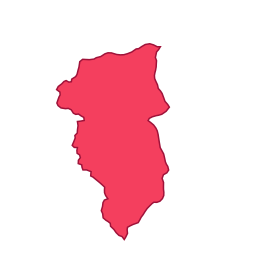 the district of Ubarana, São Paulo, Brazil, rotated 139°
{"feature_id": "56859067B24537762234151", "entity_name": "Ubarana", "entity_type": "district", "adm_level": 2, "iso_a3": "BRA", "parent_name": "Brazil", "parent_adm1": "São Paulo", "projection": "robinson", "projection_center": [-49.743, -21.216], "detail": "fine", "context": "isolated", "style": "filled", "palette": "rose", "viewbox_px": 256, "rotation_deg": 139, "n_neighbors": 0, "source": "geoboundaries", "source_scale": "gbopen_adm2", "svg_char_len": 2056}
<svg xmlns="http://www.w3.org/2000/svg" viewBox="0 0 256 256"><g transform="rotate(139 128 128)"><path d="M187.6,116.3L186.6,113.9L186.1,110.7L185.4,106.7L184.8,102.4L184.4,98.7L186.5,96.6L188.2,94.5L189.2,91.7L189.6,87.8L193.1,89.1L195.8,88.1L198.7,85.5L202.4,83.1L203.3,80.0L205.7,76.5L205.2,72.9L204.4,70.4L203.9,67.7L205.6,65.3L205.2,60.7L205.6,56.7L205.3,52.9L203.7,50.0L204.0,46.3L201.7,47.0L197.5,48.8L195.4,51.8L193.5,53.4L190.7,52.8L187.5,51.9L182.4,49.9L179.2,51.0L176.7,52.0L173.4,52.7L170.2,53.7L166.3,54.7L162.7,55.0L159.5,55.2L157.2,55.0L155.0,53.0L152.0,51.8L148.4,52.1L145.3,53.6L143.1,56.0L141.4,58.5L139.6,60.6L136.9,63.6L135.3,67.6L131.9,69.5L128.1,68.7L124.9,69.6L123.2,72.9L122.8,75.5L122.0,77.9L119.5,82.4L118.1,85.1L117.5,87.8L116.6,92.0L114.1,96.1L111.8,99.8L109.5,103.4L107.8,106.7L107.0,109.7L106.7,113.5L107.3,117.3L108.0,120.4L105.6,121.3L102.3,120.5L98.6,118.8L96.6,117.6L93.5,116.2L88.3,115.6L83.1,116.6L82.6,119.7L82.6,123.9L81.1,127.7L79.6,131.7L79.2,134.5L79.2,138.0L77.4,141.3L76.3,145.2L75.4,147.9L73.6,150.3L71.5,152.0L69.3,153.5L66.7,155.6L64.3,158.1L62.3,160.1L61.1,163.2L56.5,166.7L53.4,167.1L50.3,168.1L52.6,170.1L54.2,174.0L56.3,177.3L60.2,179.7L64.4,180.5L67.9,180.9L70.0,182.3L75.4,182.9L79.6,184.4L83.0,186.0L85.8,188.2L88.3,190.9L91.2,195.5L93.8,197.9L96.7,199.1L101.7,199.8L105.9,201.9L108.4,202.3L112.3,204.9L117.2,209.6L120.9,209.7L125.1,206.1L127.6,204.5L131.3,201.9L133.8,201.1L138.4,201.8L140.4,200.1L142.5,201.4L143.6,204.4L145.8,205.1L149.0,204.8L153.4,205.1L156.7,203.8L155.8,199.8L157.5,197.5L159.7,196.7L162.9,194.9L165.3,193.5L166.1,190.8L165.4,187.1L162.5,183.6L160.2,182.0L158.9,179.0L159.5,175.0L158.5,172.6L156.2,171.0L155.5,168.0L154.4,165.0L156.1,162.4L159.6,164.5L161.9,166.1L164.2,162.5L167.1,160.0L169.6,157.5L173.0,157.2L174.4,155.1L177.8,153.3L181.5,151.5L181.3,148.6L179.0,146.4L181.3,144.6L183.0,142.3L182.2,139.5L183.4,136.9L186.6,136.2L188.9,133.8L187.1,130.6L188.5,128.5L189.5,125.9L186.8,123.6L184.5,119.3L187.6,116.3Z" fill="#f43f5e" stroke="#9f1239" stroke-width="1.5"/></g></svg>